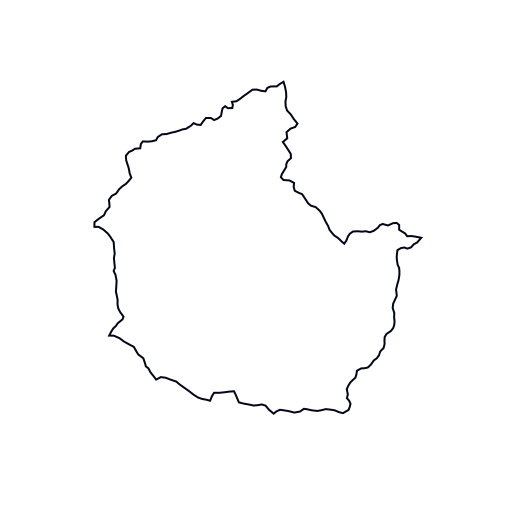 Bebedouro, São Paulo, Brazil, rotated 125°
{"feature_id": "56859067B9954918169852", "entity_name": "Bebedouro", "entity_type": "district", "adm_level": 2, "iso_a3": "BRA", "parent_name": "Brazil", "parent_adm1": "São Paulo", "projection": "albers", "projection_center": [-48.528, -20.939], "detail": "fine", "context": "isolated", "style": "outline", "palette": "ink", "viewbox_px": 512, "rotation_deg": 125, "n_neighbors": 0, "source": "geoboundaries", "source_scale": "gbopen_adm2", "svg_char_len": 3428}
<svg xmlns="http://www.w3.org/2000/svg" viewBox="0 0 512 512"><g transform="rotate(125 256 256)"><path d="M334.8,94.6L329.0,91.9L326.1,92.6L322.9,93.8L321.1,96.7L320.3,100.0L316.7,101.4L313.0,105.3L309.0,106.0L305.6,106.2L302.2,105.6L298.7,104.8L295.5,105.8L292.1,107.5L287.8,105.4L285.3,102.3L283.1,100.4L279.0,99.6L273.9,99.6L270.6,98.4L266.8,98.3L262.9,99.5L258.2,98.7L254.3,100.2L251.7,102.2L248.6,104.1L245.2,104.4L239.7,102.4L236.2,102.3L233.0,103.3L230.1,105.0L227.0,107.7L223.4,110.0L220.1,114.3L216.3,116.3L212.6,117.0L207.9,117.8L205.5,119.9L203.2,122.0L198.2,124.0L194.0,125.4L189.4,127.6L186.2,129.8L183.6,132.0L182.0,134.9L178.1,138.6L175.5,140.6L170.1,143.5L166.4,141.8L164.0,139.4L163.1,136.2L159.9,133.9L155.9,133.5L152.7,131.8L146.3,131.1L148.7,136.5L150.4,140.0L153.1,143.5L152.0,146.7L152.4,153.8L148.5,156.5L148.2,159.7L150.5,162.6L155.3,165.4L157.1,170.6L159.6,172.2L163.0,172.4L167.7,173.9L171.3,176.4L172.7,180.2L175.3,183.2L177.4,186.9L180.3,190.6L183.9,191.9L187.1,191.9L191.8,190.8L195.3,190.8L195.0,194.1L194.2,198.9L194.3,203.6L193.4,207.4L192.3,210.9L190.2,213.9L187.7,219.1L183.6,226.2L182.4,229.8L181.7,235.1L183.3,239.9L182.9,243.6L181.3,247.6L178.9,253.6L179.8,257.7L180.3,261.7L177.8,264.8L174.3,266.7L174.9,271.9L178.0,277.1L177.2,280.8L174.0,281.8L170.2,282.0L165.8,282.3L163.3,283.9L160.4,284.5L155.8,283.5L152.4,286.1L151.2,289.1L149.2,293.9L147.2,299.4L141.7,297.9L137.1,302.0L131.9,300.8L127.8,297.9L123.7,298.0L122.1,303.7L120.1,308.6L119.0,314.0L116.4,317.5L112.7,320.4L108.5,322.3L104.6,325.3L100.8,329.2L97.5,333.4L101.8,335.3L105.1,336.2L106.9,338.7L108.7,341.2L111.7,343.1L115.7,342.7L117.6,346.3L119.2,350.8L121.8,354.3L126.6,355.9L131.8,357.8L136.7,359.3L140.5,360.8L143.5,364.2L145.5,361.6L148.4,360.3L151.0,363.7L151.0,367.2L154.3,368.1L157.2,366.9L161.3,365.0L165.3,366.2L168.7,368.3L168.8,372.1L171.7,376.2L176.1,376.5L180.4,376.5L182.2,379.6L183.0,383.4L186.8,384.1L192.0,386.3L194.3,388.7L197.6,391.0L201.0,393.7L203.4,396.0L207.3,399.1L210.3,402.9L214.9,404.7L218.6,404.3L222.3,407.7L224.5,410.4L227.1,414.5L230.4,414.5L234.2,412.6L237.5,416.6L240.9,418.0L243.6,419.7L248.5,420.1L252.1,417.2L257.1,410.6L260.9,406.7L263.3,403.1L267.3,403.3L271.5,403.9L275.6,405.5L279.7,406.4L285.1,406.4L289.4,408.6L294.4,408.7L296.8,406.5L299.8,404.1L305.5,404.7L309.8,403.9L313.5,405.3L317.1,406.6L321.0,407.7L324.8,405.1L322.4,401.6L321.9,396.2L322.6,390.2L323.7,386.8L326.2,380.6L331.5,376.3L335.1,373.1L339.2,371.2L343.3,367.7L346.6,364.8L349.9,364.0L352.1,360.2L356.2,356.0L362.2,352.3L365.7,350.2L368.5,347.1L371.2,344.3L375.3,341.5L378.0,338.7L379.9,335.0L381.7,329.7L384.5,329.0L390.4,330.7L393.5,330.6L397.3,331.4L401.0,331.2L405.4,330.6L402.8,326.7L401.6,320.6L401.8,315.2L401.0,307.7L400.5,303.9L402.6,299.6L404.2,296.0L404.4,289.6L407.2,285.8L409.6,282.9L409.7,279.7L411.8,275.8L413.2,270.9L414.5,266.9L409.8,264.5L407.5,260.1L406.3,255.1L404.6,249.3L405.0,244.7L405.1,233.2L405.4,227.7L405.2,222.4L404.0,218.1L402.2,214.3L400.9,210.6L396.0,211.7L392.1,211.9L389.1,207.6L386.0,204.0L382.6,200.3L379.4,196.4L381.6,192.6L385.7,186.1L384.1,181.7L381.8,176.8L379.8,172.1L377.0,168.8L374.3,166.1L373.1,162.4L374.5,157.0L375.0,151.1L371.5,150.1L368.2,148.1L366.3,144.4L364.6,140.9L362.2,134.7L358.1,130.7L353.7,129.1L352.3,126.4L350.4,121.8L347.7,116.8L344.7,113.9L341.4,111.0L339.2,107.0L337.3,103.1L336.3,98.4L334.8,94.6Z" fill="none" stroke="#020617" stroke-width="2"/></g></svg>